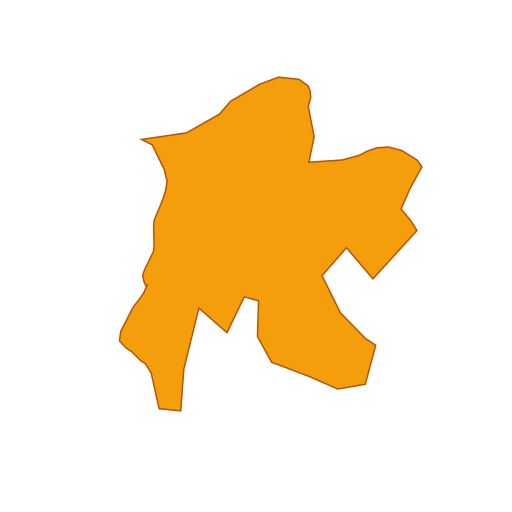 the Municipality of Livanu, rotated 24°
{"feature_id": "LVA-5750", "entity_name": "Livanu", "entity_type": "Municipality", "adm_level": 1, "iso_a3": "LVA", "parent_name": "Latvia", "parent_adm1": "", "projection": "orthographic", "projection_center": [26.324, 56.351], "detail": "fine", "context": "isolated", "style": "filled", "palette": "amber", "viewbox_px": 512, "rotation_deg": 24, "n_neighbors": 0, "source": "natural_earth", "source_scale": "10m", "svg_char_len": 1003}
<svg xmlns="http://www.w3.org/2000/svg" viewBox="0 0 512 512"><g transform="rotate(24 256 256)"><path d="M250.2,428.1L229.6,434.9L207.9,405.6L199.0,399.5L193.0,398.4L181.2,393.9L174.5,392.8L165.8,389.1L163.1,379.9L164.4,355.6L165.2,350.1L166.9,343.5L168.4,335.9L168.5,327.1L167.5,327.9L164.8,325.7L162.0,322.3L160.4,319.8L159.8,314.3L160.5,293.5L158.6,287.8L150.3,270.3L148.4,264.6L147.9,242.3L146.7,232.7L144.5,224.1L137.2,214.5L116.1,196.7L104.0,196.1L142.5,171.7L164.9,141.2L169.8,125.0L189.6,97.4L204.0,83.4L223.6,77.1L234.6,79.5L238.5,83.4L241.5,88.8L243.0,98.2L260.6,123.4L266.2,148.8L295.6,133.3L309.5,121.9L315.2,114.7L322.5,108.0L332.7,102.5L346.7,100.4L364.5,102.9L371.3,107.1L369.3,132.0L369.4,154.1L382.9,160.7L392.7,167.3L372.1,229.3L335.3,211.7L324.3,247.1L356.3,273.6L389.4,286.8L401.7,288.9L408.0,328.7L384.7,344.3L354.0,344.4L313.5,346.7L290.1,329.0L276.6,295.9L261.9,298.1L260.7,337.9L225.0,326.8L236.1,388.8L250.2,428.1Z" fill="#f59e0b" stroke="#b45309" stroke-width="1.5"/></g></svg>